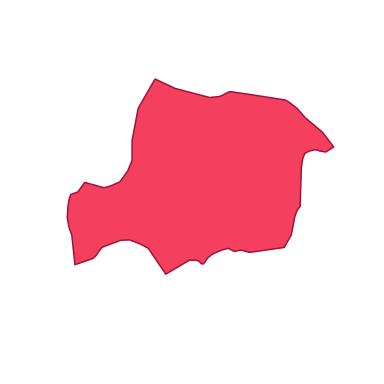 SVG path tracing the border of Novo Mesto, rotated 224°
{"feature_id": "SVN-212", "entity_name": "Novo Mesto", "entity_type": "Municipality", "adm_level": 1, "iso_a3": "SVN", "parent_name": "Slovenia", "parent_adm1": "", "projection": "orthographic", "projection_center": [15.192, 45.803], "detail": "fine", "context": "isolated", "style": "filled", "palette": "rose", "viewbox_px": 384, "rotation_deg": 224, "n_neighbors": 0, "source": "natural_earth", "source_scale": "10m", "svg_char_len": 1024}
<svg xmlns="http://www.w3.org/2000/svg" viewBox="0 0 384 384"><g transform="rotate(224 192 192)"><path d="M296.9,247.7L276.0,254.8L245.0,272.2L238.5,279.8L234.6,290.5L233.9,291.0L217.8,302.6L189.1,322.8L184.3,324.1L174.2,325.1L162.4,324.1L139.4,325.6L121.3,322.8L123.6,313.6L129.1,310.0L131.5,308.9L133.4,307.2L134.6,305.1L136.1,303.0L137.7,298.1L135.4,292.7L130.2,285.4L104.3,256.9L103.4,251.4L100.9,245.7L90.8,230.2L87.1,216.2L108.6,188.6L116.5,184.2L120.3,178.6L126.5,176.8L129.1,173.0L131.0,169.3L133.4,163.4L134.5,159.7L134.8,155.8L134.5,152.7L133.7,148.5L134.8,147.2L136.3,146.9L138.8,147.2L141.4,145.9L146.4,141.3L153.8,114.7L184.4,121.1L193.5,118.5L203.7,114.1L209.8,107.7L218.2,89.9L217.8,84.7L216.8,80.0L217.1,75.3L225.7,58.4L248.7,77.6L255.7,81.0L264.0,86.9L271.4,95.7L275.3,101.4L277.5,105.9L274.2,112.9L275.8,124.4L258.2,134.0L254.8,139.8L250.9,149.3L252.9,162.5L257.0,173.0L270.8,187.3L288.8,214.7L296.3,244.4L296.3,244.5L296.8,247.3L296.9,247.7Z" fill="#f43f5e" stroke="#9f1239" stroke-width="1.5"/></g></svg>